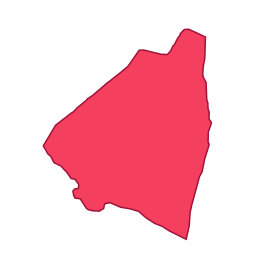 Atescatempa, Jutiapa, Guatemala (Natural Earth projection), rotated 186°
{"feature_id": "79465075B46496054688907", "entity_name": "Atescatempa", "entity_type": "district", "adm_level": 2, "iso_a3": "GTM", "parent_name": "Guatemala", "parent_adm1": "Jutiapa", "projection": "natural_earth1", "projection_center": [-89.726, 14.171], "detail": "fine", "context": "isolated", "style": "filled", "palette": "rose", "viewbox_px": 256, "rotation_deg": 186, "n_neighbors": 0, "source": "geoboundaries", "source_scale": "gbopen_adm2", "svg_char_len": 1113}
<svg xmlns="http://www.w3.org/2000/svg" viewBox="0 0 256 256"><g transform="rotate(186 128 128)"><path d="M58.5,23.4L56.9,37.1L57.4,50.1L56.6,57.7L51.8,87.2L49.7,92.4L48.5,105.3L45.7,119.0L45.7,120.5L46.9,122.5L47.7,132.5L45.6,141.4L46.0,142.8L46.8,143.6L47.7,144.6L48.5,145.8L48.8,151.8L50.5,155.8L51.3,161.6L52.6,164.2L55.1,181.4L58.7,186.9L59.3,189.8L59.6,196.8L58.9,205.3L60.5,226.6L78.0,232.6L82.3,231.8L85.8,227.4L86.0,225.5L87.7,223.1L90.7,215.5L92.0,214.1L93.5,209.4L96.5,205.2L103.1,204.8L120.5,207.2L125.0,206.5L134.7,189.0L137.0,186.8L141.4,182.2L152.1,171.8L153.0,171.1L167.0,156.3L171.6,152.6L172.2,151.2L174.0,149.5L180.6,142.9L181.6,141.5L184.2,138.2L186.1,136.8L200.2,123.3L210.4,101.4L204.7,93.6L202.1,92.0L197.9,85.7L190.8,83.2L184.5,77.8L179.3,71.8L175.4,71.5L171.6,67.3L170.9,65.6L171.3,62.6L174.6,61.8L176.2,59.5L174.9,55.0L173.2,52.7L168.1,52.6L161.0,43.8L159.1,42.6L154.3,42.0L147.8,42.3L143.8,45.4L143.5,48.8L142.6,50.5L137.9,51.8L127.0,48.4L117.8,47.9L108.7,46.2L100.4,40.4L91.4,35.9L83.8,33.8L75.8,29.8L59.9,23.9L58.5,23.4Z" fill="#f43f5e" stroke="#9f1239" stroke-width="1.5"/></g></svg>